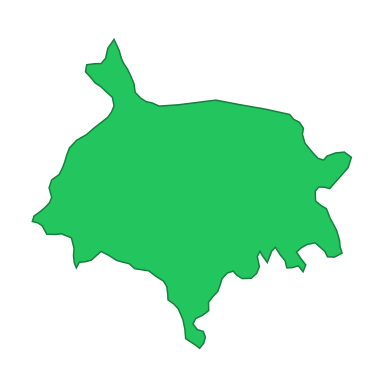 Cosmópolis, São Paulo, Brazil (Albers equal-area conic projection), rotated 357°
{"feature_id": "56859067B61325650388807", "entity_name": "Cosmópolis", "entity_type": "district", "adm_level": 2, "iso_a3": "BRA", "parent_name": "Brazil", "parent_adm1": "São Paulo", "projection": "albers", "projection_center": [-47.186, -22.652], "detail": "fine", "context": "isolated", "style": "filled", "palette": "green", "viewbox_px": 384, "rotation_deg": 357, "n_neighbors": 0, "source": "geoboundaries", "source_scale": "gbopen_adm2", "svg_char_len": 1917}
<svg xmlns="http://www.w3.org/2000/svg" viewBox="0 0 384 384"><g transform="rotate(357 192 192)"><path d="M178.0,338.1L182.4,341.3L187.0,344.7L191.5,348.5L195.9,343.4L197.8,337.5L195.9,331.8L190.1,329.7L186.1,323.8L189.0,318.5L195.9,315.8L202.5,311.3L202.7,303.0L206.8,298.2L212.5,292.7L215.3,286.1L217.5,280.1L223.0,274.8L229.0,273.2L232.6,277.7L237.8,281.1L246.6,281.3L252.3,276.6L255.4,270.1L253.8,259.9L256.7,254.9L259.5,260.1L263.5,266.4L268.5,255.2L272.4,251.6L277.0,259.7L281.4,265.6L282.7,272.7L288.2,272.8L294.3,271.3L298.7,277.5L301.8,270.7L297.4,264.4L293.2,257.5L298.3,253.4L304.2,250.4L312.3,249.2L321.7,258.4L323.9,263.8L330.8,264.5L338.7,260.9L337.0,254.6L336.8,248.0L334.4,237.9L331.9,232.4L328.6,225.6L325.3,215.6L320.4,212.5L314.9,207.4L315.1,197.8L318.7,193.7L324.4,194.1L329.7,195.8L349.2,175.9L353.0,165.7L346.2,160.1L337.4,160.5L328.8,163.1L325.0,167.0L319.5,164.9L315.2,159.8L311.0,154.2L307.3,149.1L305.3,140.2L306.6,134.2L302.9,128.0L297.3,124.7L293.6,119.7L270.8,113.4L243.9,107.2L220.6,101.5L182.6,104.2L163.7,104.5L156.7,100.9L151.1,99.4L145.9,95.8L140.5,89.6L139.7,80.7L137.1,73.4L134.1,66.2L130.2,59.4L128.3,54.3L126.7,46.9L122.1,35.5L115.5,44.0L112.7,53.9L108.0,59.0L101.5,58.8L93.5,59.4L91.9,66.4L96.2,71.5L101.0,78.0L106.7,82.2L112.5,88.4L117.4,93.3L118.7,101.9L115.7,108.1L111.9,112.9L106.6,116.7L97.1,123.3L89.6,129.2L79.6,134.2L71.9,141.6L68.6,149.1L66.5,155.3L64.2,160.5L60.4,167.5L52.5,172.6L49.5,180.3L51.6,189.9L49.2,195.1L45.3,199.0L40.3,203.0L33.0,207.7L31.0,213.1L36.5,214.8L40.6,217.8L44.8,226.6L53.6,227.3L59.3,226.9L69.2,231.5L71.3,242.5L70.3,249.2L70.8,256.7L72.5,261.8L75.8,256.3L81.5,256.1L87.9,254.8L98.0,246.6L105.2,250.7L113.1,256.3L118.2,258.1L125.4,260.3L130.9,265.6L144.8,268.5L150.9,273.8L158.9,279.5L161.9,285.2L162.4,292.3L162.4,298.5L167.9,302.8L172.3,308.1L176.3,319.1L177.7,328.6L178.0,338.1Z" fill="#22c55e" stroke="#15803d" stroke-width="1.5"/></g></svg>